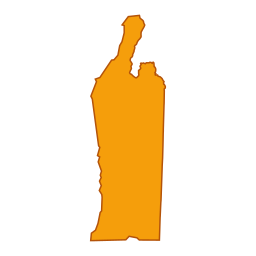 Washington, New York, United States of America (orthographic projection)
{"feature_id": "52423323B92557929546558", "entity_name": "Washington", "entity_type": "district", "adm_level": 2, "iso_a3": "USA", "parent_name": "United States of America", "parent_adm1": "New York", "projection": "orthographic", "projection_center": [-73.385, 43.375], "detail": "fine", "context": "isolated", "style": "filled", "palette": "amber", "viewbox_px": 256, "rotation_deg": 0, "n_neighbors": 0, "source": "geoboundaries", "source_scale": "gbopen_adm2", "svg_char_len": 2211}
<svg xmlns="http://www.w3.org/2000/svg" viewBox="0 0 256 256"><path d="M98.6,145.8L99.8,147.3L97.5,155.6L99.7,156.9L98.2,161.9L101.5,171.1L100.3,175.2L101.2,177.6L99.5,181.1L101.3,185.7L99.3,190.5L101.8,194.5L102.1,197.4L101.6,210.9L100.2,212.5L98.0,223.4L95.5,230.2L91.4,233.2L90.7,240.6L92.7,240.6L113.1,240.1L125.8,239.8L129.1,236.3L136.9,237.8L139.3,240.0L159.4,240.1L160.1,217.4L160.2,216.1L160.8,202.8L161.0,200.4L162.1,169.1L162.2,165.7L162.6,158.1L163.0,143.7L163.2,133.2L163.3,131.0L163.3,129.2L164.0,105.4L164.1,103.2L164.3,91.6L164.3,90.6L164.2,90.5L164.2,89.5L164.3,88.8L165.0,88.3L165.3,87.8L165.3,87.1L165.3,86.4L165.2,86.4L164.6,85.0L164.4,84.6L164.1,84.4L163.7,84.2L163.6,82.4L164.0,81.8L164.0,81.5L163.2,80.7L162.1,78.6L161.1,77.6L160.1,76.8L158.1,76.2L157.9,75.9L157.8,75.3L157.1,74.9L155.5,75.1L155.3,75.0L155.2,74.7L155.3,74.1L155.8,73.5L155.7,73.4L154.9,72.8L155.6,71.5L155.6,71.1L155.8,70.0L155.7,68.9L155.5,68.2L154.7,66.9L154.2,66.7L153.9,63.2L153.8,62.8L153.5,62.5L153.1,62.2L152.8,62.4L152.3,63.3L151.9,63.1L151.0,62.4L149.8,62.3L149.1,62.8L146.3,62.8L145.3,63.7L143.3,63.0L143.2,63.1L142.0,63.4L141.6,63.4L141.3,63.1L140.8,63.2L140.6,63.6L141.1,64.4L141.1,64.6L140.3,65.7L140.0,66.3L140.7,68.0L140.7,68.3L140.5,68.7L139.7,69.6L138.6,70.4L138.6,73.5L138.8,74.9L138.6,75.6L138.4,75.9L137.0,77.3L136.3,77.8L135.8,77.8L135.4,77.6L134.4,77.0L132.3,75.3L131.6,74.3L130.5,74.0L130.1,73.7L129.6,72.9L129.6,72.6L129.8,72.0L130.8,69.8L131.4,68.7L131.3,67.8L131.0,66.7L131.0,66.3L132.1,64.2L132.1,63.9L132.0,63.5L130.2,60.6L130.1,60.0L130.5,58.5L130.7,58.0L131.0,57.7L131.9,57.1L132.6,55.9L132.7,54.4L134.0,51.5L134.0,50.7L134.1,50.4L134.7,48.4L134.8,47.5L134.5,46.6L134.6,46.1L135.1,45.3L135.8,44.9L136.3,44.4L136.7,43.8L137.0,42.6L138.1,40.6L138.7,39.9L139.7,38.9L141.0,37.0L141.1,36.1L141.0,34.3L141.1,32.6L141.2,32.0L142.4,29.7L144.0,26.9L144.7,25.2L144.7,24.9L144.0,23.6L143.8,23.2L143.4,21.2L142.5,20.1L141.4,19.3L139.9,17.9L139.8,17.4L139.6,16.0L139.4,15.4L128.3,16.6L122.1,24.9L124.2,25.6L124.2,32.9L122.0,41.7L119.7,45.6L117.9,55.2L114.0,59.8L111.6,60.1L99.9,77.5L95.3,79.1L96.5,81.7L90.9,96.2L92.3,99.0L95.9,125.7L98.6,145.8Z" fill="#f59e0b" stroke="#b45309" stroke-width="1.5"/></svg>